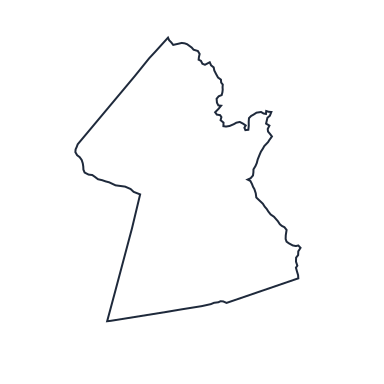 outline of Pirapemas, Maranhão, Brazil, rotated 103°
{"feature_id": "56859067B76556806546899", "entity_name": "Pirapemas", "entity_type": "district", "adm_level": 2, "iso_a3": "BRA", "parent_name": "Brazil", "parent_adm1": "Maranhão", "projection": "orthographic", "projection_center": [-44.224, -3.776], "detail": "fine", "context": "isolated", "style": "outline", "palette": "slate", "viewbox_px": 384, "rotation_deg": 103, "n_neighbors": 0, "source": "geoboundaries", "source_scale": "gbopen_adm2", "svg_char_len": 2117}
<svg xmlns="http://www.w3.org/2000/svg" viewBox="0 0 384 384"><g transform="rotate(103 192 192)"><path d="M101.4,183.1L101.7,185.8L99.3,187.8L95.6,189.0L92.7,187.5L90.9,184.9L88.0,184.8L85.4,185.1L83.0,185.8L80.4,186.2L78.8,188.2L76.0,189.1L74.6,192.4L71.7,195.0L68.6,197.6L65.7,198.9L64.3,201.9L61.6,203.9L65.1,208.0L64.7,210.7L62.2,212.8L61.6,215.3L59.0,215.6L55.8,215.6L53.3,218.0L53.0,222.5L51.3,224.8L50.2,227.4L49.1,230.0L48.8,232.6L49.1,235.6L50.5,238.4L51.5,240.5L52.9,243.4L50.8,246.0L49.3,248.4L47.0,250.1L63.5,259.3L71.1,263.7L91.9,273.8L160.0,308.4L171.2,314.1L174.2,314.5L176.6,315.0L179.4,314.6L182.0,312.2L183.3,309.3L185.6,306.7L188.6,304.9L191.6,303.7L194.7,302.8L197.2,301.0L198.3,296.7L197.9,293.0L199.1,290.0L200.7,286.5L200.7,282.2L201.1,278.5L201.2,274.9L202.7,268.0L201.8,258.4L202.9,252.5L205.0,248.9L206.0,242.0L241.0,242.3L306.5,244.5L337.0,245.6L335.8,242.2L314.8,190.5L308.5,175.3L301.0,156.8L297.0,148.4L295.0,145.6L293.5,141.5L292.0,139.6L291.6,137.0L292.3,133.4L252.2,69.0L249.2,69.9L246.6,71.4L242.4,73.7L240.1,72.8L236.5,75.0L232.5,75.8L229.6,74.4L225.9,75.1L222.0,73.7L220.2,76.4L221.3,78.6L221.4,81.8L220.2,86.1L219.1,88.7L216.7,90.2L213.1,90.9L207.7,91.3L205.5,94.0L204.8,96.9L203.6,99.2L201.1,101.8L199.1,104.6L197.7,106.5L196.2,110.3L193.8,113.3L191.7,115.4L189.9,117.9L187.5,120.3L186.3,122.3L184.9,124.7L182.9,128.1L178.9,129.6L175.1,131.9L173.2,133.7L170.8,135.3L168.1,137.6L167.4,140.6L165.4,138.0L162.2,136.3L159.0,136.6L156.1,137.2L152.5,136.0L149.3,135.4L145.5,135.3L140.4,134.5L137.1,133.9L133.8,132.7L131.0,131.9L126.3,129.1L123.9,128.3L119.9,126.6L117.9,129.0L116.0,131.5L113.6,132.4L109.9,131.5L108.7,135.2L105.4,135.2L102.7,135.2L100.2,133.3L96.2,132.7L96.6,135.4L96.4,137.9L99.3,137.5L99.4,140.0L98.5,142.7L100.2,147.0L102.8,149.5L104.6,151.5L107.2,153.1L110.6,152.6L114.7,151.6L118.7,151.1L119.7,153.9L117.6,155.4L115.1,154.6L113.9,157.7L113.0,161.2L114.5,164.4L116.4,166.4L119.2,170.2L120.6,173.6L120.8,176.2L117.3,176.9L115.6,180.3L112.4,180.2L110.8,181.9L111.0,185.2L109.1,187.4L105.1,184.9L101.4,183.1Z" fill="none" stroke="#1e293b" stroke-width="2"/></g></svg>